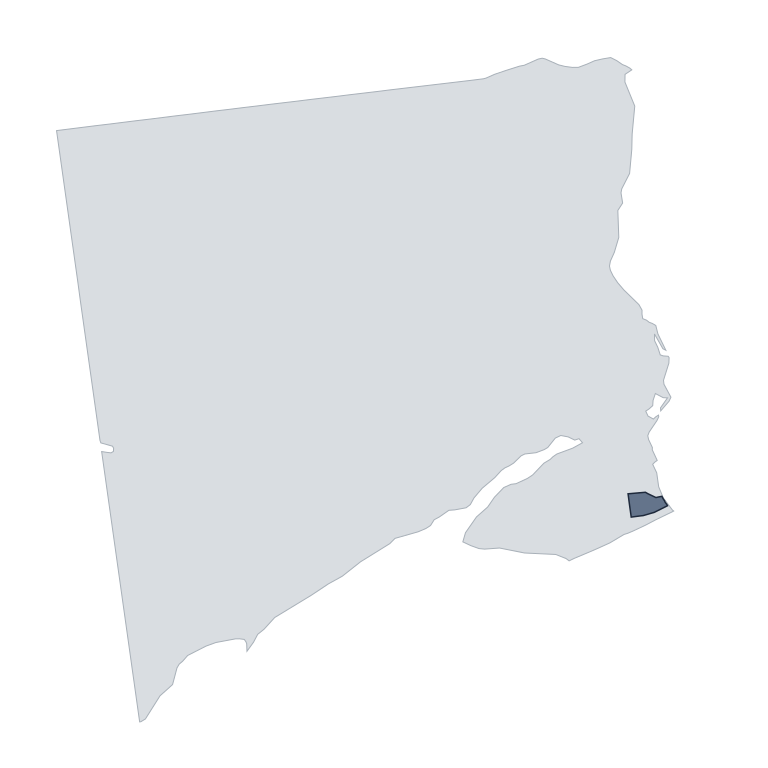 location of Shaykh Zuwayd, Shamal Sina', Egypt, rotated 82°
{"feature_id": "37247803B84548629991625", "entity_name": "Shaykh Zuwayd", "entity_type": "district", "adm_level": 2, "iso_a3": "EGY", "parent_name": "Egypt", "parent_adm1": "Shamal Sina'", "projection": "natural_earth1", "projection_center": [33.964, 30.921], "detail": "fine", "context": "in_parent", "style": "filled", "palette": "slate", "viewbox_px": 768, "rotation_deg": 82, "n_neighbors": 0, "source": "geoboundaries", "source_scale": "gbopen_adm2", "svg_char_len": 3476}
<svg xmlns="http://www.w3.org/2000/svg" viewBox="0 0 768 768"><g transform="rotate(82 384 384)"><path d="M684.6,673.0L668.1,673.0L651.7,673.0L635.2,673.0L618.7,673.0L602.2,673.0L585.8,673.0L569.3,673.0L552.8,673.0L536.3,673.0L519.8,673.0L503.4,673.0L486.9,673.0L470.4,673.0L453.9,673.0L437.5,673.0L421.0,673.0L411.6,673.0L413.2,667.7L414.2,663.9L413.1,661.3L409.9,660.7L407.8,661.5L402.9,672.6L400.3,673.1L394.4,673.1L375.2,673.1L356.1,673.1L336.9,673.1L317.7,673.1L298.5,673.1L279.3,673.1L260.1,673.1L240.9,673.0L221.8,673.0L202.6,673.0L183.4,673.0L164.2,673.0L145.0,673.0L125.8,673.0L106.7,673.0L87.5,673.0L87.7,659.6L87.9,646.2L88.1,632.7L88.4,619.3L88.6,605.9L88.8,592.5L89.1,579.0L89.3,565.6L89.5,552.2L89.8,538.7L90.0,525.3L90.2,511.8L90.5,498.4L90.7,485.0L91.0,471.5L91.2,458.1L91.5,444.7L91.8,431.2L92.0,417.8L92.3,404.3L92.6,390.9L92.8,377.4L93.1,364.0L93.4,350.5L93.6,337.1L93.9,323.7L94.2,310.2L94.5,296.8L94.8,283.3L95.1,269.9L95.4,256.4L95.6,243.0L95.3,240.5L92.7,231.3L90.5,219.7L88.1,205.5L87.9,200.8L83.7,186.1L83.4,182.0L84.6,179.0L92.3,166.6L94.7,160.6L96.7,153.4L97.5,147.5L95.5,138.5L93.2,130.5L92.5,122.2L92.3,114.1L96.2,108.5L100.9,103.4L102.7,100.2L105.4,96.6L107.4,94.9L110.9,102.2L118.5,103.4L143.7,97.0L171.1,103.5L186.3,106.0L209.7,111.5L223.8,121.4L227.7,122.7L238.0,122.5L244.7,128.3L271.5,131.1L285.7,137.6L293.8,142.7L298.6,144.3L302.9,144.0L308.8,142.1L316.2,138.5L324.2,133.4L340.9,120.5L346.8,118.2L350.7,118.8L355.3,118.7L357.3,115.2L359.8,112.8L361.3,110.0L363.9,106.7L372.5,105.8L389.8,100.2L387.9,102.9L372.1,109.2L378.8,110.0L385.7,107.8L393.6,106.4L395.0,103.7L396.1,98.7L397.6,98.0L403.0,99.0L419.2,106.7L423.2,106.8L434.6,102.6L437.0,101.7L440.7,104.1L449.1,113.7L446.1,113.5L437.2,105.2L436.4,109.4L431.2,116.6L437.6,119.8L442.8,120.9L445.6,125.0L447.3,128.6L452.5,127.0L456.2,122.1L454.3,119.4L453.0,116.5L454.7,116.5L458.2,118.8L468.5,128.1L471.9,130.0L475.9,129.7L484.2,127.1L486.5,127.5L497.7,124.1L499.0,126.6L500.9,129.1L509.9,126.3L524.0,126.3L535.6,123.3L549.0,115.9L550.1,114.8L550.8,116.6L552.4,121.7L556.5,134.4L560.1,144.4L564.4,158.3L565.8,163.6L566.4,167.3L572.8,182.5L576.5,195.1L579.3,205.3L583.2,220.1L584.9,225.3L582.2,228.0L576.7,237.7L570.9,268.4L562.5,292.4L561.5,307.4L560.2,312.8L556.2,320.4L551.3,327.9L542.6,324.0L528.5,310.9L520.3,298.5L511.5,290.4L503.2,279.8L501.0,272.1L501.1,267.2L497.5,255.2L494.8,249.5L484.7,236.7L481.8,229.9L479.6,226.9L477.4,222.6L473.8,206.1L469.8,195.6L465.3,198.5L466.1,202.9L462.0,209.0L459.6,216.1L461.4,221.9L469.7,230.7L471.3,234.6L473.2,243.0L472.9,254.3L474.2,258.2L480.4,266.7L482.6,271.7L483.9,276.0L486.0,279.9L492.1,287.3L500.9,301.3L509.3,310.7L515.4,315.3L518.0,319.9L518.5,331.6L518.1,337.3L523.4,347.8L525.4,353.2L530.6,357.6L532.9,362.6L535.1,370.7L538.4,394.6L542.9,400.5L556.8,432.0L568.5,452.0L574.2,466.9L582.9,485.0L600.0,524.7L610.2,537.0L614.3,543.9L621.6,549.2L629.6,556.9L622.0,556.1L620.1,556.6L617.5,557.9L616.2,562.6L615.7,566.4L616.6,586.5L618.8,596.8L625.5,616.2L630.5,622.0L632.9,625.8L636.3,628.5L652.2,635.2L661.6,649.2L682.5,666.9L684.6,671.8L684.6,673.0Z" fill="#d9dde1" stroke="#a8b0b8" stroke-width="1"/><path d="M538.6,157.7L550.2,157.7L550.3,147.7L550.4,145.7L548.7,134.1L544.0,120.2L542.8,120.6L541.4,121.4L540.3,122.0L539.4,122.3L538.8,122.4L538.2,122.7L537.2,123.2L536.1,123.7L534.8,124.1L533.9,124.5L534.1,128.2L534.3,130.5L529.4,137.9L527.6,140.2L526.7,157.6L538.6,157.7Z" fill="#64748b" stroke="#1e293b" stroke-width="1.5"/></g></svg>